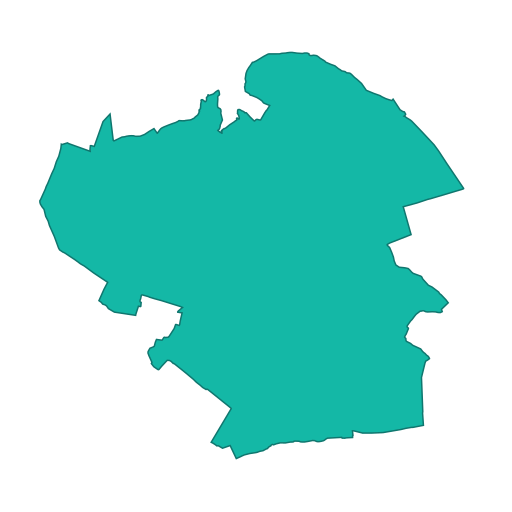 Mihai Bravu, Tulcea, Romania (Albers equal-area conic projection), rotated 86°
{"feature_id": "2599482B59610234858680", "entity_name": "Mihai Bravu", "entity_type": "district", "adm_level": 2, "iso_a3": "ROU", "parent_name": "Romania", "parent_adm1": "Tulcea", "projection": "albers", "projection_center": [28.649, 44.954], "detail": "fine", "context": "isolated", "style": "filled", "palette": "teal", "viewbox_px": 512, "rotation_deg": 86, "n_neighbors": 0, "source": "geoboundaries", "source_scale": "gbopen_adm2", "svg_char_len": 5998}
<svg xmlns="http://www.w3.org/2000/svg" viewBox="0 0 512 512"><g transform="rotate(86 256 256)"><path d="M456.7,289.8L455.1,285.4L454.5,284.0L453.6,281.5L452.6,276.0L452.1,269.8L451.9,268.5L451.1,265.8L450.7,262.5L449.3,259.5L448.9,258.0L447.5,256.7L446.9,255.6L446.4,254.4L445.9,254.3L445.2,253.1L445.1,252.8L445.6,251.6L444.8,249.1L444.1,244.9L444.5,239.6L444.0,235.0L444.1,232.2L443.9,231.4L443.4,231.0L443.4,229.6L443.8,226.0L444.5,224.6L444.8,222.6L444.9,220.5L444.6,217.1L444.0,212.4L444.3,210.3L445.2,208.6L445.5,207.5L445.6,206.3L445.4,204.0L445.0,201.7L444.6,200.7L443.4,198.9L442.7,197.4L442.9,183.2L443.7,182.8L443.9,180.2L443.7,178.2L443.8,172.3L441.0,172.0L441.1,171.8L437.1,172.0L437.2,170.8L440.1,161.9L440.7,152.6L441.0,141.6L439.2,123.6L438.3,118.2L437.8,112.7L437.9,111.4L436.6,100.8L424.1,100.8L423.2,100.5L388.7,99.4L374.6,94.9L372.7,94.0L371.8,92.1L370.5,90.1L369.8,90.3L368.4,91.0L367.8,91.5L366.8,92.8L365.0,94.2L364.1,95.3L362.8,96.5L360.2,98.2L356.0,105.9L354.0,107.9L351.7,111.8L350.8,112.3L348.7,112.3L347.5,113.4L347.2,113.4L345.5,112.5L344.5,111.7L339.0,109.0L338.5,109.1L337.5,110.1L336.6,110.2L336.0,109.9L331.6,106.3L330.4,104.9L326.4,101.4L325.2,100.2L322.5,96.1L322.5,94.8L322.2,93.1L322.5,92.2L323.3,90.8L323.5,90.2L323.8,88.6L323.9,84.0L324.3,80.7L325.1,78.2L325.3,76.0L324.5,74.1L322.1,74.7L316.1,67.5L312.9,69.6L307.6,74.0L306.3,75.5L304.7,76.3L299.2,82.6L297.2,86.1L290.7,91.2L288.3,92.2L287.6,93.0L284.3,100.4L283.0,101.8L280.4,103.8L279.1,105.1L278.4,107.4L277.9,109.7L277.2,113.9L274.7,117.1L270.5,118.5L266.6,119.0L261.8,120.4L256.9,122.1L254.6,124.2L253.7,124.3L252.4,121.8L245.5,99.8L217.1,105.7L214.3,91.6L211.5,80.8L211.0,77.8L203.6,44.7L203.3,44.2L202.8,44.3L176.9,59.3L164.0,66.5L157.5,70.6L143.9,81.6L132.4,91.2L131.0,92.7L128.4,96.4L127.0,97.9L126.8,98.5L125.8,97.2L125.0,96.8L122.6,97.9L122.1,99.5L120.2,102.1L109.1,108.3L110.4,109.6L109.4,112.4L108.1,115.5L106.0,119.2L104.6,121.2L102.0,127.2L98.4,134.4L91.2,138.7L86.8,143.0L84.8,145.2L81.8,147.8L80.5,149.1L80.0,150.2L79.6,152.7L78.2,154.4L77.3,157.6L76.0,159.1L74.9,160.7L71.8,164.0L70.0,168.1L67.4,173.1L66.5,173.6L62.9,178.6L62.3,179.1L60.7,181.0L60.3,181.8L60.0,183.1L59.7,184.8L59.9,186.2L59.9,187.3L59.7,188.1L59.0,189.0L57.9,189.1L57.2,190.6L57.0,191.6L56.9,193.4L57.2,195.6L56.5,200.8L55.4,205.9L55.3,208.0L55.4,210.6L55.6,212.0L55.6,216.1L56.0,218.5L55.3,229.2L55.5,230.1L57.5,234.6L61.2,241.7L62.3,244.4L62.8,246.1L62.7,246.2L65.5,248.3L67.6,250.1L70.4,252.0L73.1,253.2L78.5,254.4L81.5,253.9L82.7,254.3L83.4,254.9L85.6,255.1L86.5,255.6L91.1,255.1L93.6,251.4L95.1,250.6L95.6,248.9L97.1,245.8L98.0,244.0L99.7,241.6L101.6,239.3L103.8,237.8L104.7,236.2L106.8,231.8L111.1,234.9L111.7,235.7L113.8,237.3L120.6,241.9L120.5,243.0L119.7,245.5L120.0,246.5L121.1,247.8L121.2,248.2L120.8,248.7L116.9,252.2L112.5,255.6L112.3,256.2L112.4,257.1L111.5,257.7L110.5,259.2L110.2,260.0L108.9,261.8L108.7,262.4L108.7,263.6L109.2,264.1L111.2,264.4L111.7,264.3L112.4,264.6L114.0,263.7L116.2,263.1L118.0,263.1L118.2,263.4L118.2,263.8L117.2,264.7L117.1,265.2L117.1,265.6L117.4,265.8L118.9,265.7L119.2,265.9L119.7,267.1L120.7,268.5L123.2,273.0L126.1,277.1L126.7,278.4L126.7,279.0L126.9,279.1L127.1,279.7L127.7,280.6L128.1,280.7L128.2,281.3L128.7,281.8L128.8,281.8L128.9,281.5L129.1,281.3L129.5,281.8L130.0,281.6L130.4,282.2L130.6,281.4L131.0,281.3L131.1,281.5L128.8,284.7L128.0,285.3L127.2,284.1L126.2,283.4L124.1,282.7L123.0,282.6L118.0,280.0L111.0,281.2L109.3,280.8L107.6,280.9L106.6,281.5L105.2,283.7L103.6,283.9L101.6,283.8L96.7,283.1L94.5,283.1L94.0,282.9L92.7,281.3L92.1,281.1L89.9,281.3L88.3,281.7L88.1,282.0L88.3,282.7L89.5,284.8L91.3,287.1L91.7,288.3L92.6,291.9L91.9,292.4L91.9,292.6L92.1,292.8L93.1,292.8L94.4,294.3L94.8,294.4L96.8,294.4L98.3,295.2L98.5,295.5L98.5,296.0L98.4,296.3L97.1,297.5L96.3,298.6L96.3,299.4L96.5,299.8L97.0,300.0L97.6,299.7L100.8,300.6L103.9,300.9L104.4,301.2L105.1,301.1L106.5,302.7L107.2,302.2L107.6,302.2L107.9,302.7L109.1,302.9L111.3,304.3L113.1,307.0L114.0,307.8L115.5,311.2L115.7,312.4L115.9,316.8L116.1,317.9L116.0,319.9L115.6,323.1L115.7,323.6L116.2,324.3L117.3,327.0L118.0,329.8L119.2,333.9L120.8,338.8L121.7,341.0L122.4,342.1L123.6,343.3L126.6,345.8L126.6,346.0L125.5,346.7L121.8,348.9L124.2,353.8L127.0,358.7L128.4,363.2L128.3,366.6L128.1,368.3L127.6,369.5L127.4,370.9L127.3,372.1L127.3,374.4L127.5,376.8L127.9,378.7L128.0,381.4L131.2,389.4L131.2,389.8L130.7,390.3L129.9,390.4L104.2,391.7L111.2,399.2L135.4,409.7L134.4,412.7L134.4,413.5L138.2,414.2L140.0,414.1L130.9,434.8L130.0,436.2L131.3,441.9L130.9,442.4L135.2,443.2L141.1,445.2L142.8,445.8L148.0,448.6L154.6,451.2L159.6,454.0L169.1,458.7L172.0,460.4L174.6,461.5L184.4,466.8L185.9,467.8L187.7,467.8L189.3,467.4L191.9,466.1L194.7,464.2L201.8,463.0L206.7,460.9L211.3,459.9L222.5,455.8L234.3,452.4L236.2,451.5L238.7,448.3L239.4,446.9L247.3,436.6L251.6,431.6L254.0,428.0L261.6,419.1L271.9,405.8L278.5,409.9L289.6,415.8L291.4,413.6L293.3,412.3L294.2,410.1L294.8,409.2L295.6,408.4L298.2,406.9L302.1,401.2L306.8,380.2L305.6,379.9L297.9,376.8L298.4,374.8L298.1,374.4L294.3,373.8L293.7,374.7L293.2,374.9L291.9,374.7L291.0,374.2L287.5,373.2L287.0,372.8L286.9,372.0L289.0,366.2L289.6,365.2L291.5,360.3L293.9,353.4L301.1,335.0L302.2,332.9L305.4,337.3L306.2,338.0L306.6,338.0L307.6,333.7L315.5,336.1L319.0,336.9L319.9,337.4L318.7,340.6L318.8,341.0L322.7,342.7L330.0,348.2L330.9,349.2L331.0,352.2L330.7,352.6L330.7,353.2L330.9,353.6L333.1,355.3L333.4,355.8L332.3,361.1L334.9,362.4L339.0,363.8L339.7,365.3L340.6,368.2L342.8,369.7L344.1,370.4L345.4,370.5L348.1,369.7L354.9,367.2L356.0,367.9L359.3,365.7L362.1,362.2L362.5,361.6L362.6,361.1L362.4,360.7L359.3,357.7L353.9,351.9L354.1,350.0L354.4,349.2L355.2,348.0L357.5,346.0L357.5,345.5L357.7,345.1L365.5,336.6L374.3,327.4L377.9,324.2L381.0,320.7L383.4,318.4L385.7,315.1L385.4,314.2L385.8,313.4L405.9,291.7L406.6,291.4L438.7,313.7L439.7,312.0L441.4,309.7L442.7,308.3L442.6,306.9L445.4,302.8L443.3,295.0L456.7,289.8Z" fill="#14b8a6" stroke="#0f766e" stroke-width="1.5"/></g></svg>